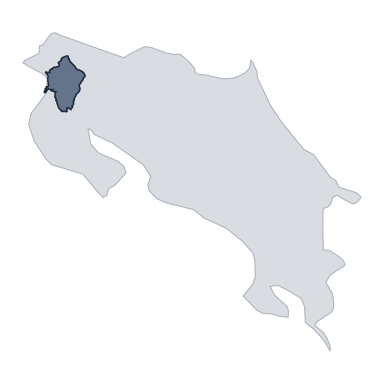 Liberia, Guanacaste, Costa Rica shown in context
{"feature_id": "36466004B57161008538161", "entity_name": "Liberia", "entity_type": "district", "adm_level": 2, "iso_a3": "CRI", "parent_name": "Costa Rica", "parent_adm1": "Guanacaste", "projection": "albers", "projection_center": [-85.52, 10.692], "detail": "fine", "context": "in_parent", "style": "filled", "palette": "slate", "viewbox_px": 384, "rotation_deg": 0, "n_neighbors": 0, "source": "geoboundaries", "source_scale": "gbopen_adm2", "svg_char_len": 6326}
<svg xmlns="http://www.w3.org/2000/svg" viewBox="0 0 384 384"><path d="M361.0,196.7L360.4,198.6L358.7,200.6L356.2,202.6L352.9,204.0L344.8,199.9L336.9,195.3L332.6,197.5L331.0,203.6L328.2,206.8L324.5,208.0L323.0,210.1L322.9,230.6L323.3,249.9L329.3,250.3L339.3,256.9L343.6,260.9L345.0,264.5L343.8,266.3L336.5,270.6L329.4,276.0L326.0,282.7L332.3,293.4L333.7,300.7L333.5,308.3L331.8,312.0L318.1,320.9L315.1,324.0L315.5,326.2L323.2,332.2L326.8,338.0L329.9,345.1L330.4,351.2L323.4,339.9L313.7,329.1L305.3,322.5L304.6,306.9L301.2,298.5L288.6,290.7L277.9,285.4L270.0,286.5L274.9,295.5L287.5,306.9L288.4,311.3L288.2,317.2L279.6,316.4L271.9,314.0L262.6,313.3L256.4,309.8L243.2,296.2L252.5,284.4L255.3,276.7L254.9,260.7L252.8,253.0L242.6,241.3L226.5,228.4L203.9,218.0L193.3,209.5L167.0,203.1L157.0,198.8L149.1,190.8L147.9,185.0L150.7,176.2L143.4,164.9L112.0,142.8L94.5,134.7L90.8,129.9L88.0,128.4L90.7,143.7L98.4,152.9L118.4,161.5L123.9,166.5L126.1,173.0L114.5,185.5L108.6,188.7L106.9,195.5L103.1,197.5L99.1,193.6L82.8,174.1L51.5,164.7L45.8,158.9L34.2,141.1L28.8,124.7L30.8,113.9L43.6,96.9L47.7,89.6L46.8,85.0L47.3,78.3L42.5,73.7L30.6,67.6L23.0,62.7L25.1,60.2L38.7,53.7L39.6,47.8L39.5,45.8L41.7,45.4L43.7,43.8L44.9,42.2L48.7,36.5L51.9,33.3L55.6,32.8L60.2,35.2L77.3,41.3L96.4,48.1L123.6,57.7L134.8,51.5L144.5,46.7L151.2,47.4L165.8,52.9L174.6,54.6L180.0,54.0L189.4,62.1L194.5,68.2L195.3,72.2L198.2,74.4L205.5,74.9L223.3,78.9L234.2,78.0L244.0,73.6L249.5,68.4L251.1,60.1L253.6,64.2L256.6,70.6L257.9,78.8L270.9,106.2L281.2,121.6L303.9,149.5L313.6,154.6L330.2,177.0L335.9,180.7L339.2,187.3L356.2,192.7L361.0,196.7Z" fill="#d9dde1" stroke="#a8b0b8" stroke-width="1"/><path d="M69.3,58.9L68.7,59.1L68.4,58.9L68.3,58.5L68.3,57.7L68.2,57.2L68.2,56.3L67.8,56.2L67.5,56.0L67.1,55.9L66.6,56.0L66.1,56.2L65.9,56.3L65.2,56.4L65.1,56.5L64.6,56.6L64.2,56.9L63.6,57.3L63.1,57.2L62.8,57.5L62.0,58.0L61.9,58.1L61.5,58.3L61.5,58.8L61.3,59.1L61.1,59.3L61.2,59.5L61.3,59.6L61.5,59.7L61.5,60.0L61.2,60.4L60.7,60.8L60.5,61.0L60.2,61.3L59.9,61.5L59.6,61.8L59.3,62.0L59.0,62.0L58.6,62.2L58.2,62.8L58.3,62.9L58.5,63.1L58.7,63.4L58.9,63.5L59.0,63.7L59.1,64.2L59.1,64.4L59.3,64.5L59.2,64.7L59.2,65.1L59.3,65.2L59.1,65.6L58.9,65.7L58.9,66.1L58.4,66.4L58.0,66.6L57.8,66.8L57.7,66.8L57.5,66.7L57.3,66.7L56.9,66.8L56.7,67.0L56.3,67.2L56.0,67.3L55.8,67.4L55.7,67.4L55.1,67.1L54.7,67.1L54.0,67.2L53.6,67.5L53.1,67.8L52.8,68.3L52.5,69.1L52.1,69.0L51.7,68.7L51.5,68.8L51.2,69.0L50.9,69.3L50.5,69.6L50.1,70.0L49.8,70.2L49.5,70.6L49.4,71.3L49.6,71.5L50.0,72.1L50.0,72.4L49.7,72.8L49.1,72.6L48.9,72.4L47.9,72.4L47.5,72.4L47.3,72.6L47.2,72.8L46.5,72.3L46.4,72.1L46.1,71.8L45.5,72.6L46.2,73.4L46.4,73.6L46.6,74.1L47.2,74.5L47.4,75.0L47.5,75.2L47.6,75.4L47.8,75.8L48.0,76.0L48.2,76.5L48.2,77.0L47.8,77.6L47.7,78.2L47.6,78.7L47.8,79.0L47.9,79.8L47.8,80.3L47.8,80.9L48.3,82.7L48.3,83.0L48.2,83.1L48.2,83.4L48.3,83.8L48.4,84.4L48.5,84.6L48.5,85.3L48.3,86.2L48.1,86.5L47.7,86.5L47.3,86.7L47.0,86.6L46.8,86.8L46.4,86.8L46.3,87.1L46.5,87.2L46.9,87.3L46.6,87.7L46.4,87.8L46.1,87.7L45.7,88.2L45.3,88.5L45.2,88.8L45.5,89.0L46.0,89.0L46.7,88.7L46.7,89.0L46.0,89.5L45.7,89.5L45.4,89.8L45.2,89.8L44.9,90.1L44.8,90.3L44.7,90.5L45.1,90.9L45.1,91.1L44.9,91.4L44.8,91.7L44.7,91.8L44.4,91.9L44.2,91.9L44.1,92.0L44.3,92.4L44.4,92.5L44.7,92.6L44.9,92.7L45.1,92.4L45.2,92.2L45.4,92.2L46.1,92.2L46.4,91.6L46.5,91.4L46.5,91.2L46.5,90.9L46.7,90.6L46.7,90.2L47.9,89.5L48.5,88.9L49.0,89.0L49.4,89.2L50.1,89.5L50.7,89.9L51.2,90.7L51.3,90.8L51.4,90.7L51.3,90.4L51.3,90.0L51.7,90.0L52.3,89.4L53.0,89.4L53.0,89.5L52.7,90.0L52.6,90.3L52.6,90.5L52.7,90.8L52.8,91.1L52.9,91.3L53.1,91.4L55.9,91.7L55.0,92.7L54.9,92.9L55.1,93.6L55.0,93.9L55.0,94.2L55.1,94.5L55.3,94.6L55.4,94.9L55.2,95.5L55.0,95.8L55.0,96.0L55.1,96.4L55.0,96.7L54.8,96.8L54.7,96.9L54.7,97.0L54.8,97.2L55.1,97.3L55.3,97.8L55.7,98.2L55.7,98.4L55.9,98.7L56.0,99.3L56.2,99.5L56.4,99.6L55.8,100.5L56.5,101.1L57.0,101.2L57.2,101.6L57.2,102.0L56.9,102.5L57.0,103.0L57.1,103.3L57.0,103.7L57.5,104.5L57.8,105.2L58.2,106.0L58.2,106.6L58.3,107.1L58.7,107.5L58.8,107.8L59.0,108.0L59.0,108.5L59.2,108.8L59.6,109.2L60.2,109.5L60.5,109.7L60.7,109.9L61.5,110.4L61.5,110.5L61.3,110.9L61.3,111.2L61.4,111.4L61.6,111.5L62.2,111.5L62.4,111.3L62.8,111.3L63.1,111.4L63.8,111.5L64.7,111.5L65.3,111.4L65.7,111.7L66.4,111.7L66.6,111.7L67.1,111.3L67.2,111.0L67.2,110.8L66.7,110.5L66.6,110.3L66.7,110.0L67.0,109.4L67.1,108.7L66.8,108.4L66.7,108.1L66.8,108.0L66.9,107.9L67.0,107.9L68.1,107.8L68.3,108.0L68.6,108.0L68.8,108.1L68.9,108.4L69.1,108.5L69.4,108.8L69.8,109.1L70.2,109.1L70.9,109.6L71.0,109.3L70.9,109.3L70.9,109.2L71.1,108.6L71.7,108.1L71.9,107.8L72.4,107.5L72.2,107.3L72.3,106.7L71.9,106.2L71.9,105.9L72.0,105.8L72.4,105.8L72.6,105.7L72.8,105.5L73.1,105.1L73.2,104.7L73.4,104.5L73.4,104.2L73.5,103.8L73.4,103.3L73.7,102.9L73.7,102.6L73.5,102.4L73.4,102.1L73.2,102.0L73.2,101.7L73.5,101.3L73.5,101.1L73.6,100.9L73.7,101.0L73.8,101.0L73.9,100.8L74.1,100.6L74.1,100.4L74.3,100.1L74.3,99.8L74.2,99.6L74.2,99.4L74.3,99.2L74.2,99.1L74.5,98.2L74.7,97.9L74.7,97.3L75.0,97.1L75.2,96.9L75.4,96.6L75.4,96.2L75.9,95.7L76.0,95.4L76.1,95.1L76.2,94.8L76.2,94.6L76.1,94.3L76.2,94.2L76.7,93.8L77.6,93.3L77.9,92.7L78.8,92.0L79.6,90.7L79.4,90.4L79.4,90.2L79.9,89.4L80.0,89.1L79.9,88.8L80.0,88.5L79.9,88.3L79.9,88.1L79.7,88.0L79.7,87.5L79.7,87.2L79.6,86.9L79.4,86.8L79.3,86.4L79.2,86.2L79.2,85.9L79.4,85.2L79.5,84.8L79.8,84.3L79.8,84.1L80.0,84.0L80.5,83.3L80.9,83.0L81.0,82.7L80.8,82.6L81.0,82.2L81.0,81.9L81.3,81.8L81.7,81.4L82.2,80.7L82.6,80.3L82.9,79.9L82.9,79.7L83.2,79.5L83.1,79.0L83.3,78.7L83.3,78.3L83.4,78.0L83.6,77.6L84.2,77.3L84.9,76.9L85.0,76.7L84.9,76.5L84.9,76.3L84.9,76.0L85.1,75.6L85.0,75.2L84.7,75.0L84.6,74.7L84.4,74.5L84.3,74.1L84.1,73.9L84.2,73.5L84.0,73.3L83.8,72.9L83.7,72.8L83.6,72.7L82.9,72.2L82.7,72.1L82.4,71.9L82.4,71.6L82.0,71.6L81.8,71.4L81.6,71.1L81.3,71.0L81.0,71.0L80.8,70.9L80.2,70.5L80.0,70.3L79.7,70.2L79.4,69.9L78.7,69.9L78.4,69.9L77.6,69.8L77.3,69.7L76.9,69.3L76.8,69.0L76.7,69.0L76.4,68.9L76.2,68.5L76.2,68.4L75.1,66.7L74.9,66.4L74.8,66.2L74.1,65.6L73.7,65.4L73.6,65.0L73.3,64.5L73.2,64.5L72.9,64.5L72.7,64.5L72.6,64.2L72.4,64.0L72.2,63.7L72.1,63.4L71.9,63.4L71.3,62.7L70.9,62.7L70.6,62.3L70.6,61.9L70.5,61.6L69.4,60.8L69.4,60.6L69.5,60.4L69.5,60.1L69.6,59.8L69.6,59.6L69.4,59.1L69.3,58.9Z" fill="#64748b" stroke="#1e293b" stroke-width="1.5"/></svg>